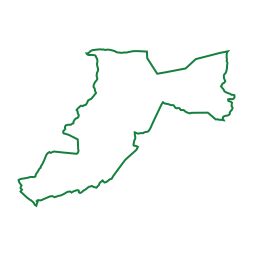 the district of Jaguaquara, Bahia, Brazil, rotated 98°
{"feature_id": "56859067B83796410289338", "entity_name": "Jaguaquara", "entity_type": "district", "adm_level": 2, "iso_a3": "BRA", "parent_name": "Brazil", "parent_adm1": "Bahia", "projection": "albers", "projection_center": [-39.94, -13.546], "detail": "fine", "context": "isolated", "style": "outline", "palette": "green", "viewbox_px": 256, "rotation_deg": 98, "n_neighbors": 0, "source": "geoboundaries", "source_scale": "gbopen_adm2", "svg_char_len": 4027}
<svg xmlns="http://www.w3.org/2000/svg" viewBox="0 0 256 256"><g transform="rotate(98 128 128)"><path d="M205.9,225.6L206.7,224.5L207.6,223.1L208.3,222.1L209.2,220.9L210.4,219.1L211.3,217.7L212.6,215.4L213.2,213.8L214.3,212.1L215.3,210.9L217.0,209.6L217.8,208.0L215.6,207.7L213.8,207.2L213.1,208.2L212.0,207.3L211.9,206.1L211.9,204.6L211.1,203.0L209.7,200.9L208.5,198.9L207.8,197.7L206.9,196.3L206.4,195.1L206.0,193.5L206.7,191.1L205.8,189.1L204.9,187.5L204.3,185.5L203.4,184.0L202.4,182.6L201.6,181.4L200.7,180.4L199.9,179.4L199.3,177.9L198.9,176.5L199.8,174.9L198.8,173.8L198.1,172.8L197.4,171.4L196.6,169.6L196.8,168.1L198.4,167.7L199.0,166.5L198.3,165.1L196.7,163.9L195.4,162.3L194.5,161.2L193.5,160.3L192.6,159.5L191.7,158.5L191.1,157.0L190.4,155.6L191.1,154.1L191.3,152.7L191.5,150.9L190.1,150.1L188.6,148.9L186.4,148.4L184.7,147.0L183.5,145.8L184.5,144.9L185.2,143.6L184.6,142.1L183.2,140.6L181.8,139.4L181.1,138.3L180.5,137.1L179.4,136.6L178.1,136.2L176.7,135.4L170.6,132.2L161.0,126.9L159.8,126.2L155.6,122.7L149.5,117.5L148.2,116.5L145.4,115.6L144.9,116.7L144.6,118.3L144.6,119.9L143.2,120.3L141.8,120.1L139.4,120.0L137.6,119.4L136.0,119.5L134.5,120.1L132.7,120.5L131.4,120.7L131.7,119.3L132.2,117.7L131.8,116.0L131.2,114.5L131.1,112.5L130.1,111.4L129.6,110.2L129.1,108.6L128.4,107.3L125.4,105.9L124.1,105.5L119.5,104.2L100.3,98.2L97.6,97.0L98.6,95.1L98.7,93.3L98.7,91.9L98.9,90.7L99.4,88.7L99.1,87.2L99.2,85.9L100.3,84.9L101.5,83.8L101.7,82.4L101.2,81.0L101.3,79.7L102.8,78.4L102.7,77.1L102.5,75.3L103.8,73.4L104.3,71.9L104.6,70.7L104.9,68.8L104.1,67.1L101.7,51.1L107.3,42.3L106.9,40.5L107.2,38.9L106.9,36.7L107.0,34.3L105.5,35.5L103.5,35.2L102.5,33.5L102.1,32.1L101.4,30.4L100.2,29.2L98.5,29.4L96.7,28.5L95.2,27.5L93.4,27.2L92.1,28.4L90.4,28.6L88.5,28.5L87.8,29.6L87.5,30.9L87.2,32.4L85.7,32.8L85.0,30.8L85.0,28.7L84.4,27.6L83.2,26.9L82.0,26.9L80.7,27.3L80.5,28.6L80.7,30.1L79.9,31.8L79.5,34.0L78.9,36.1L78.2,37.6L77.2,38.3L76.1,39.1L75.2,40.3L73.8,41.7L72.1,41.0L70.8,40.5L69.9,39.1L68.2,38.2L66.6,39.1L65.2,39.9L64.1,40.2L62.7,40.4L61.5,40.1L60.0,39.0L58.1,38.5L56.4,38.4L54.7,38.3L53.4,38.6L51.9,38.6L50.3,38.5L49.1,38.8L48.1,39.6L46.1,39.6L44.1,40.2L42.2,40.4L40.7,40.5L39.4,40.5L38.2,39.8L41.0,47.8L47.0,62.3L50.3,70.4L51.2,71.2L52.3,72.1L54.9,74.2L56.7,75.7L61.0,79.2L67.4,97.9L70.2,106.6L56.3,118.6L53.9,119.1L49.7,119.9L50.4,128.1L51.2,133.7L51.7,135.0L52.1,136.3L52.6,137.7L53.5,140.0L53.7,142.1L54.4,144.4L54.5,146.4L54.6,148.3L54.5,150.2L53.7,151.6L53.5,153.3L53.2,155.7L53.1,157.4L53.2,159.1L53.9,161.5L53.6,163.1L53.9,164.3L53.9,165.7L54.1,167.2L54.5,168.9L55.0,170.9L55.4,172.3L55.6,173.5L56.5,175.0L57.5,176.2L58.5,176.9L59.5,177.9L59.9,179.4L60.9,178.5L61.2,176.7L60.8,175.0L60.6,173.6L60.6,172.4L60.6,170.9L61.4,169.8L62.6,169.3L63.6,168.3L64.7,168.0L65.9,167.6L67.6,167.5L68.9,167.7L70.3,167.2L72.0,166.6L73.6,165.8L74.9,165.7L76.4,165.9L77.5,166.4L79.0,166.4L81.0,166.3L82.4,165.5L84.2,165.3L85.9,166.2L87.2,167.0L88.5,167.5L89.6,167.8L90.8,168.0L92.2,167.8L93.4,166.6L94.8,166.1L96.2,165.6L97.8,164.5L99.5,165.6L101.3,166.6L102.8,167.6L104.2,168.4L105.3,170.2L106.5,171.5L107.8,171.7L109.6,172.3L111.2,173.3L111.6,174.8L112.6,175.9L112.5,177.7L113.6,178.8L114.8,179.7L116.2,180.8L117.4,181.4L118.5,180.2L120.2,179.9L122.0,178.6L123.8,178.6L125.1,179.5L125.8,180.9L127.2,182.0L129.1,182.8L130.8,182.7L131.6,183.9L132.7,185.1L133.1,187.8L134.1,190.0L135.8,190.6L137.6,190.0L138.8,190.8L140.4,191.7L142.2,191.2L143.0,185.9L146.3,176.2L147.6,175.9L155.9,174.4L157.4,173.8L159.4,174.2L160.7,175.2L161.3,188.7L161.6,198.1L162.6,199.9L163.4,201.2L162.8,202.5L164.4,204.3L165.8,205.0L167.3,205.5L169.0,205.9L171.2,206.4L172.7,206.9L174.3,207.3L176.5,208.1L178.0,209.0L179.4,208.9L180.4,209.9L181.9,210.6L183.4,211.1L185.5,212.2L187.5,212.9L188.9,212.9L189.7,214.4L189.9,216.9L190.4,218.6L191.2,220.3L192.0,222.6L192.8,225.2L193.2,226.6L193.8,227.8L194.7,229.1L196.3,228.5L197.8,227.4L199.7,225.4L201.2,226.0L202.6,226.0L203.8,224.4L205.9,225.6Z" fill="none" stroke="#15803d" stroke-width="2"/></g></svg>